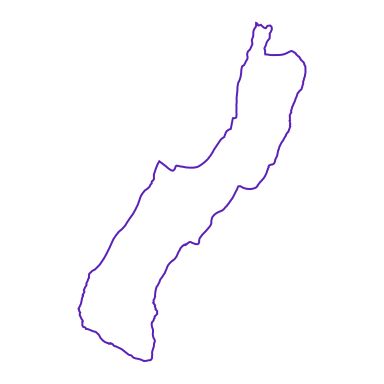 Parklai, Xaignabouri, Laos
{"feature_id": "54806243B45153092091690", "entity_name": "Parklai", "entity_type": "district", "adm_level": 2, "iso_a3": "LAO", "parent_name": "Laos", "parent_adm1": "Xaignabouri", "projection": "albers", "projection_center": [101.569, 18.46], "detail": "fine", "context": "isolated", "style": "outline", "palette": "violet", "viewbox_px": 384, "rotation_deg": 0, "n_neighbors": 0, "source": "geoboundaries", "source_scale": "gbopen_adm2", "svg_char_len": 5929}
<svg xmlns="http://www.w3.org/2000/svg" viewBox="0 0 384 384"><path d="M157.2,313.8L157.1,312.1L157.2,311.1L155.5,309.3L155.7,308.5L155.0,306.8L154.8,306.4L155.1,305.4L154.5,304.4L154.3,304.1L154.0,304.0L153.7,303.2L153.3,302.9L153.6,302.7L153.7,302.4L153.7,301.8L153.6,301.6L153.6,300.9L153.5,300.4L154.6,298.1L155.2,296.2L155.0,295.5L155.1,294.8L155.4,291.5L155.7,290.5L155.7,290.0L156.5,287.0L157.3,286.0L158.0,284.8L159.6,281.7L159.9,280.4L160.7,278.9L162.0,277.3L163.7,274.5L164.8,273.1L165.4,271.3L166.1,270.0L167.5,266.3L168.5,264.6L171.0,261.9L174.1,259.5L175.2,258.4L175.7,257.5L176.5,256.7L176.7,256.0L177.7,253.9L178.3,252.3L179.6,250.2L180.6,248.1L182.1,246.4L183.8,245.0L184.5,244.8L184.9,245.1L185.2,244.9L185.3,244.5L185.5,244.3L185.8,244.2L186.1,244.6L187.3,243.7L187.5,243.4L187.8,243.2L188.5,242.6L189.5,242.1L190.5,242.0L191.0,242.2L191.8,242.7L194.8,243.8L195.4,244.1L197.4,244.2L197.7,244.1L198.4,243.8L198.6,243.5L199.2,241.9L199.1,241.0L199.5,238.7L199.8,238.0L200.1,237.6L200.4,237.4L201.5,235.7L202.6,234.4L206.0,230.9L209.6,226.7L210.7,225.0L211.3,223.5L211.3,221.3L211.8,218.7L212.2,217.5L213.3,215.9L214.1,215.0L215.8,213.6L217.2,212.7L219.3,211.7L222.2,210.5L223.7,209.3L225.8,206.8L226.9,205.9L227.6,204.7L228.5,203.7L229.3,202.6L229.9,201.5L230.8,200.5L231.3,199.6L232.2,198.6L232.8,197.4L233.4,196.5L234.2,194.7L234.6,194.1L234.9,193.3L236.3,190.7L237.3,188.8L237.8,187.2L238.3,186.4L239.3,186.2L240.6,186.3L242.4,187.4L243.4,187.9L244.0,188.1L247.1,188.9L247.7,188.9L248.2,189.0L249.4,188.9L250.3,189.1L253.2,188.6L255.7,187.7L256.3,187.2L256.8,186.7L257.3,186.4L257.3,186.0L257.7,185.3L259.8,182.6L260.6,181.5L261.5,180.9L262.4,179.6L263.4,178.6L264.9,176.4L266.6,172.9L267.1,170.9L267.7,169.8L267.9,168.6L268.6,167.6L268.7,167.2L268.5,166.6L269.2,165.4L270.1,165.0L271.3,164.6L272.5,164.4L273.3,164.1L274.1,163.3L274.9,161.7L275.1,161.1L275.1,160.1L275.3,159.7L275.9,158.2L276.8,156.7L277.2,155.6L278.2,150.3L278.7,149.6L278.7,149.3L279.1,147.9L279.4,146.8L281.3,143.0L282.0,141.9L282.8,140.9L284.6,137.6L285.9,135.6L285.8,135.2L286.9,133.3L287.7,132.3L288.2,132.0L288.2,131.8L288.7,130.8L289.9,127.3L290.3,126.4L289.9,125.8L289.9,125.2L290.1,124.5L290.3,124.3L289.9,122.0L289.6,120.9L289.8,120.8L290.1,120.3L289.9,119.9L289.9,118.4L289.9,116.7L289.7,116.1L289.7,115.6L290.2,114.6L290.3,113.9L290.6,113.5L291.3,112.3L291.3,112.0L291.1,111.4L291.1,110.7L291.9,108.3L292.2,106.8L292.6,106.4L292.9,105.4L293.3,104.8L293.4,104.6L293.4,104.0L294.4,102.3L294.6,101.6L294.9,101.0L295.1,100.4L295.3,99.9L295.6,98.7L296.5,96.8L297.7,93.1L298.3,92.7L298.6,92.2L298.9,91.6L299.4,91.2L300.3,90.2L301.5,89.3L301.9,87.7L302.2,87.2L302.5,85.5L303.2,83.6L303.1,81.7L303.6,80.6L304.2,78.0L304.7,76.9L305.0,75.6L305.0,74.9L305.4,73.3L305.5,71.4L305.4,67.2L305.3,66.7L305.2,65.9L304.8,65.6L304.3,64.4L304.1,63.9L304.2,63.3L303.4,62.1L302.8,61.7L302.2,61.0L300.9,59.8L300.7,59.1L300.1,58.7L299.7,57.5L299.4,57.0L299.0,56.6L298.5,56.6L297.2,55.2L296.4,54.6L296.1,54.3L295.9,53.6L295.5,53.1L294.8,52.8L293.4,51.8L291.6,51.0L289.9,51.5L286.8,53.1L284.2,54.2L282.9,54.5L281.4,54.8L278.7,55.0L271.3,55.1L266.3,54.4L265.3,54.4L265.1,53.5L265.1,50.1L264.4,48.9L264.7,47.5L265.8,45.5L266.7,42.3L267.8,40.6L269.6,38.4L269.8,34.7L269.7,33.5L270.8,31.9L271.9,29.2L271.5,26.7L270.1,25.5L267.5,25.9L265.8,28.2L264.2,27.8L262.8,26.7L260.8,24.8L259.9,25.2L258.4,25.5L257.9,25.0L257.7,24.3L257.0,23.5L256.7,23.2L256.1,23.0L256.1,26.0L255.6,27.1L254.5,28.6L253.4,31.1L253.2,36.3L251.8,40.0L252.4,44.2L250.0,49.5L247.9,51.5L247.2,53.7L247.2,55.1L247.6,57.3L247.3,59.2L246.0,61.1L245.2,63.0L244.0,65.2L242.3,66.1L241.7,67.9L241.3,70.3L241.2,72.8L240.6,76.9L239.5,80.2L238.1,83.2L237.5,86.8L237.4,90.4L236.6,97.8L236.7,102.2L236.4,104.5L236.5,107.8L236.4,112.1L236.6,114.2L236.2,117.5L234.5,118.2L232.9,118.2L232.5,120.0L230.8,128.9L228.7,129.7L226.6,131.3L225.5,133.4L224.2,137.0L221.8,138.6L220.4,140.1L214.1,149.5L212.6,152.3L210.3,155.9L209.6,156.7L208.0,158.9L206.1,160.8L203.4,163.1L201.3,164.7L198.4,166.5L197.1,167.0L195.3,167.4L193.1,167.7L190.3,167.7L185.8,167.4L182.7,166.7L181.3,166.6L177.4,165.8L176.4,165.7L175.7,166.3L175.4,167.4L174.5,169.4L173.3,170.5L172.4,170.7L171.0,170.2L168.2,168.3L166.8,167.0L164.8,165.4L159.3,161.3L157.6,164.2L155.6,169.3L153.9,174.5L153.9,177.4L154.0,179.0L153.1,180.3L151.8,181.5L151.7,182.1L151.7,183.4L151.4,183.8L150.7,184.4L150.2,185.2L149.8,186.3L149.5,186.8L148.2,187.9L148.0,188.3L144.7,190.6L142.6,193.3L140.8,196.1L138.0,204.3L135.5,209.4L132.9,214.1L130.1,217.9L127.3,222.1L125.1,225.7L122.1,229.0L118.9,231.7L115.8,235.6L113.4,239.2L110.7,245.1L109.6,247.6L106.2,254.4L104.0,258.3L99.9,264.5L95.0,269.5L92.5,270.7L89.3,273.7L88.9,275.4L89.0,277.8L88.5,278.4L87.4,281.4L86.5,283.1L86.3,284.0L86.5,284.6L86.5,285.2L85.0,287.5L84.1,289.5L83.8,290.4L84.2,291.1L84.4,291.4L84.4,291.9L83.9,292.9L82.7,294.8L82.6,295.0L83.1,295.6L83.1,295.8L82.4,297.3L82.0,298.6L81.0,303.7L78.5,308.9L79.1,309.5L79.2,310.8L79.3,311.4L80.2,312.4L80.2,312.7L79.7,314.2L79.7,314.9L81.3,318.5L82.8,320.9L82.8,321.5L82.3,321.8L82.2,322.0L82.4,323.0L82.3,324.3L82.4,325.5L83.1,326.8L83.8,327.1L84.8,327.2L85.6,328.0L86.1,328.6L86.1,329.0L87.1,329.0L88.4,329.3L93.2,331.3L95.7,331.9L98.7,334.6L99.7,336.3L100.6,338.1L103.0,340.6L104.9,342.0L107.3,343.0L107.4,342.9L108.2,343.1L109.0,343.8L110.2,343.1L110.5,343.2L110.4,343.5L110.6,343.8L110.9,343.8L111.3,343.5L111.9,343.7L112.0,343.9L113.0,344.5L113.3,345.1L114.4,346.1L115.3,346.1L121.6,349.1L126.4,352.9L128.8,354.8L131.5,355.5L133.3,357.6L136.0,358.5L138.1,358.8L140.9,359.6L143.9,361.0L146.0,360.9L149.8,360.1L150.6,360.1L151.9,358.5L152.2,354.8L152.1,352.0L153.5,347.4L153.9,346.1L154.0,344.0L154.4,342.4L154.9,341.6L154.7,340.0L153.6,338.0L153.0,336.0L152.8,334.1L153.0,332.2L153.0,329.8L152.0,326.8L151.6,324.1L152.0,322.3L153.5,320.6L153.9,318.9L154.6,317.9L154.6,316.5L155.3,316.0L157.2,313.8Z" fill="none" stroke="#5b21b6" stroke-width="2"/></svg>